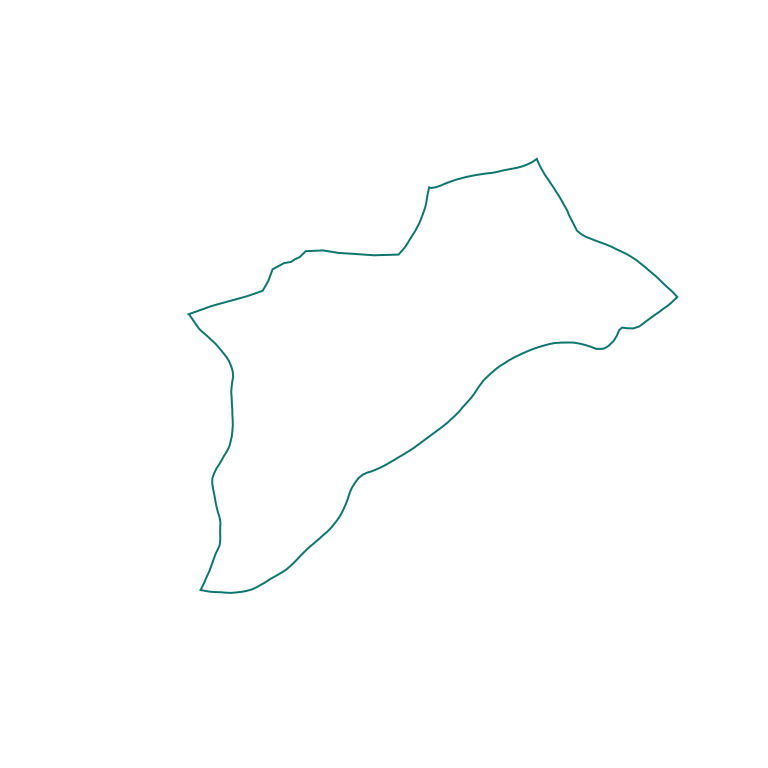 Al Mukalla, Hadramawt, Yemen, rotated 122°
{"feature_id": "15242507B18959101282675", "entity_name": "Al Mukalla", "entity_type": "district", "adm_level": 2, "iso_a3": "YEM", "parent_name": "Yemen", "parent_adm1": "Hadramawt", "projection": "robinson", "projection_center": [48.878, 14.721], "detail": "fine", "context": "isolated", "style": "outline", "palette": "teal", "viewbox_px": 768, "rotation_deg": 122, "n_neighbors": 0, "source": "geoboundaries", "source_scale": "gbopen_adm2", "svg_char_len": 4450}
<svg xmlns="http://www.w3.org/2000/svg" viewBox="0 0 768 768"><g transform="rotate(122 384 384)"><path d="M154.8,181.4L154.7,182.0L153.7,185.2L153.2,187.0L152.5,190.7L152.1,193.0L151.6,196.1L150.9,199.6L150.0,203.6L149.2,207.1L148.3,212.2L147.9,214.9L147.4,218.6L147.0,221.3L146.5,224.3L146.0,228.8L145.8,230.6L145.6,232.1L145.2,235.6L145.2,237.2L145.1,242.2L145.3,247.3L145.3,247.7L145.9,253.0L146.4,257.2L146.6,258.6L146.9,262.4L147.2,264.8L148.2,270.6L148.6,272.4L149.2,275.4L150.3,280.4L150.7,282.7L151.2,285.6L152.2,291.0L152.4,296.5L151.7,301.5L149.7,305.0L148.7,306.6L145.6,311.7L142.6,316.8L139.7,320.7L137.4,325.0L134.7,329.9L133.7,331.7L132.1,334.7L130.0,339.3L127.8,343.7L125.8,348.3L123.2,354.0L121.2,358.7L120.4,360.2L118.8,363.2L116.2,367.8L114.0,371.0L113.4,372.0L112.1,373.7L113.2,374.1L117.4,376.0L121.4,378.5L122.4,379.1L126.1,382.0L129.7,385.3L132.9,388.7L136.5,392.7L140.3,396.7L142.5,398.8L143.9,400.2L147.7,404.2L150.0,407.2L150.7,408.1L153.7,411.7L157.3,415.9L158.3,417.0L160.8,419.7L165.0,424.1L168.6,427.5L172.7,431.3L176.5,434.4L176.6,434.5L177.7,435.3L181.1,437.9L184.5,440.3L185.3,440.8L189.4,444.1L190.4,445.2L192.8,447.8L192.9,448.2L193.3,449.9L199.8,447.6L201.3,447.0L206.5,444.8L212.1,442.7L217.9,441.4L223.2,440.3L226.3,439.7L228.5,439.3L231.1,439.1L233.0,439.0L237.7,438.6L238.6,438.6L242.7,438.7L247.5,438.7L248.9,438.7L251.9,438.6L257.1,438.7L262.8,439.6L266.5,440.2L280.2,460.8L288.5,476.4L296.9,492.0L303.1,506.6L312.8,520.7L321.0,522.7L325.6,525.7L329.7,527.5L334.4,532.8L338.8,535.3L345.8,539.3L357.3,536.8L363.4,536.5L369.2,536.3L374.4,540.4L382.4,546.9L404.8,567.5L409.2,571.5L428.3,586.6L428.3,586.4L428.4,585.8L430.4,581.2L432.4,576.5L435.1,570.3L436.1,565.5L437.0,559.3L438.1,553.9L439.0,548.8L440.7,543.1L442.9,536.7L444.5,532.1L446.7,527.5L450.5,522.3L453.7,518.8L458.1,515.6L462.5,513.9L464.2,513.1L467.6,511.5L471.8,509.3L476.0,506.2L481.1,502.7L485.9,499.2L490.1,496.5L494.8,493.2L499.5,490.1L502.3,488.7L504.5,487.5L507.6,486.1L508.9,485.4L513.2,483.9L518.4,482.2L524.3,481.5L529.6,481.6L534.3,481.3L539.2,481.2L544.0,481.3L548.0,480.9L548.3,480.9L550.1,480.7L551.9,480.3L553.0,480.0L554.3,479.7L554.8,479.6L558.8,477.4L559.3,476.9L562.6,474.2L566.1,470.9L569.6,467.6L573.2,464.5L573.2,464.4L573.6,464.1L577.4,460.4L580.8,456.8L583.9,453.1L587.8,449.6L591.9,447.2L595.9,444.8L602.5,440.5L607.9,437.9L612.4,437.3L617.8,436.7L623.4,435.5L629.4,434.2L634.2,433.1L638.7,432.5L643.4,431.9L648.2,431.1L654.3,430.5L655.9,430.4L654.8,427.6L654.2,426.0L652.3,421.4L652.2,421.2L651.8,420.4L649.6,416.3L646.9,411.8L645.7,409.3L644.4,406.9L642.1,402.9L641.6,402.2L641.3,401.8L638.5,398.1L635.4,394.3L631.8,390.4L631.2,389.9L628.3,387.2L624.3,384.6L621.6,383.1L619.9,382.2L616.0,380.0L615.1,379.6L610.5,377.5L608.9,376.7L606.4,375.3L602.1,372.9L598.4,371.1L598.0,370.8L595.2,369.5L593.4,368.6L589.1,367.3L588.2,367.0L584.0,365.9L578.7,364.7L573.8,363.8L568.7,362.6L562.9,361.2L559.5,360.1L556.6,359.1L552.0,357.7L550.5,357.2L548.8,356.7L545.2,355.7L540.1,354.1L534.7,352.8L533.5,352.6L528.5,352.0L524.0,351.5L518.7,351.4L514.2,351.7L508.8,352.3L505.9,352.8L504.3,353.1L501.7,353.6L499.9,354.0L497.3,354.7L493.3,355.7L487.9,356.3L482.4,356.2L479.6,355.9L477.2,355.7L472.2,354.0L468.1,351.3L465.9,349.3L464.3,348.0L460.3,345.1L455.7,342.1L451.0,339.3L446.7,337.1L442.3,334.7L441.0,334.1L436.7,331.9L433.1,330.0L431.5,329.2L430.0,328.5L427.2,327.1L421.6,324.5L420.7,324.2L417.3,322.8L411.9,320.7L409.0,319.6L406.3,318.5L400.6,316.3L394.4,313.8L390.0,312.1L388.5,311.6L383.4,309.7L378.9,308.6L378.0,308.3L373.3,307.0L369.0,306.0L367.1,305.6L362.1,305.0L359.1,304.4L356.7,304.0L354.6,303.6L349.8,302.8L347.4,302.6L344.2,302.3L338.5,302.2L335.6,302.1L332.7,301.9L330.8,301.7L328.2,301.5L322.0,300.0L318.1,298.9L317.2,298.6L312.4,297.1L307.2,295.2L303.4,293.3L302.9,293.0L298.1,290.8L296.0,289.6L293.3,288.2L289.4,285.7L288.9,285.4L284.8,282.8L279.2,279.0L274.3,275.3L269.9,271.7L265.8,268.0L262.0,264.4L259.6,261.8L258.7,260.8L254.9,255.5L251.1,249.6L248.8,245.8L248.5,245.3L247.9,243.9L245.9,239.1L244.8,235.6L244.0,233.0L242.8,228.2L241.9,223.2L241.8,222.8L239.0,218.2L238.1,217.1L236.8,215.8L232.8,213.8L226.0,212.1L219.7,212.1L214.1,213.1L210.1,212.1L207.9,207.4L204.8,202.1L200.0,198.1L198.9,197.6L197.0,196.9L192.1,195.0L186.5,192.8L181.4,190.7L177.1,188.8L172.8,187.2L172.1,187.0L171.6,186.7L167.3,184.9L162.9,183.4L156.8,181.9L156.2,181.7L154.8,181.4Z" fill="none" stroke="#0f766e" stroke-width="2"/></g></svg>